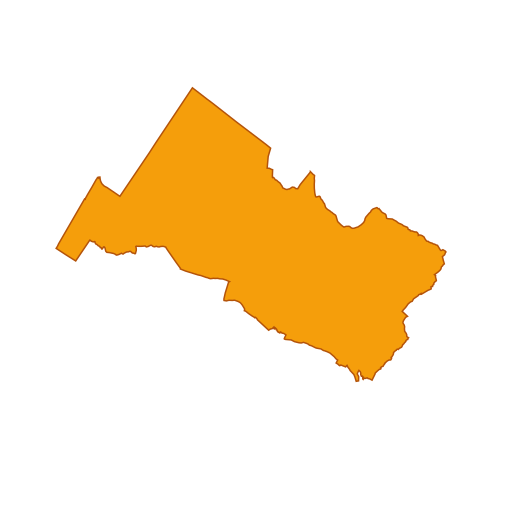 Ceptura, Prahova, Romania (Equal Earth projection), rotated 140°
{"feature_id": "2599482B71736492781600", "entity_name": "Ceptura", "entity_type": "district", "adm_level": 2, "iso_a3": "ROU", "parent_name": "Romania", "parent_adm1": "Prahova", "projection": "equal_earth", "projection_center": [26.322, 45.023], "detail": "fine", "context": "isolated", "style": "filled", "palette": "amber", "viewbox_px": 512, "rotation_deg": 140, "n_neighbors": 0, "source": "geoboundaries", "source_scale": "gbopen_adm2", "svg_char_len": 6039}
<svg xmlns="http://www.w3.org/2000/svg" viewBox="0 0 512 512"><g transform="rotate(140 256 256)"><path d="M404.2,390.3L400.7,378.7L397.3,368.1L373.1,375.0L372.7,374.3L372.8,373.3L372.5,372.9L371.6,371.4L370.3,370.8L370.2,370.6L370.7,369.7L371.0,368.3L370.4,366.9L370.3,365.3L369.6,363.9L369.6,363.5L369.9,362.6L369.3,361.8L369.6,360.4L369.1,360.2L367.5,360.8L366.8,360.9L366.4,360.5L366.4,359.9L366.6,359.0L368.0,356.3L368.0,355.6L367.9,354.7L365.9,352.6L363.5,349.5L362.9,348.4L362.4,346.5L361.7,346.0L360.1,345.3L357.3,344.6L356.9,343.4L356.5,342.9L355.2,342.9L353.1,342.4L352.4,342.2L351.1,341.2L349.6,340.7L349.1,340.0L348.8,337.8L347.8,336.7L347.3,335.5L347.1,335.4L346.6,335.5L344.2,337.2L343.3,338.2L342.5,339.4L342.0,340.5L341.5,340.5L338.0,337.4L334.5,334.9L334.2,333.5L333.9,333.3L332.5,332.6L330.2,332.1L329.6,331.8L329.1,331.3L328.8,329.7L328.2,328.7L327.7,328.2L326.1,327.5L325.2,326.0L324.2,325.1L323.0,324.6L321.4,323.5L320.4,322.5L319.9,321.5L319.4,320.9L319.6,320.2L320.0,316.9L321.3,302.6L321.8,295.3L322.3,294.7L319.6,289.7L312.6,278.8L310.8,276.5L307.8,271.4L307.2,270.8L306.6,269.6L305.7,268.1L305.2,267.7L302.7,266.1L301.9,265.2L299.7,263.5L298.5,261.9L296.3,259.8L294.4,256.8L292.8,253.4L293.8,253.6L303.1,247.6L308.2,243.7L309.1,242.5L307.5,240.6L305.2,239.5L302.7,237.2L300.8,235.9L298.9,232.6L298.1,230.6L298.0,229.5L298.0,227.6L298.7,222.9L299.5,222.0L300.1,221.6L299.5,220.6L299.2,219.5L298.7,216.8L297.6,212.7L296.8,210.5L296.6,209.4L295.9,209.4L295.7,208.4L295.6,207.7L295.7,206.9L295.9,206.2L294.0,191.0L291.9,190.8L290.3,189.9L288.6,190.1L287.8,190.1L287.9,189.3L288.3,189.3L288.5,189.1L288.8,189.1L288.9,188.4L287.4,188.3L287.8,186.9L287.3,186.8L287.7,185.2L287.9,185.2L288.0,184.3L287.8,183.9L288.0,183.7L287.2,181.7L286.2,182.2L285.6,181.0L285.7,180.3L284.5,178.9L284.2,177.9L283.8,176.3L284.1,176.1L286.6,175.0L287.6,174.4L287.5,173.9L287.0,173.1L283.0,169.1L281.6,165.7L279.0,162.1L278.0,161.0L276.9,160.1L275.2,159.4L274.5,158.3L273.2,156.1L272.8,155.3L272.4,153.4L271.2,151.6L269.4,147.4L268.6,146.2L266.0,143.1L265.1,140.3L264.3,139.2L263.0,136.9L261.7,134.1L260.8,128.6L260.8,125.7L260.3,123.8L263.4,122.5L262.7,120.2L262.6,118.8L262.3,118.1L261.1,118.0L258.6,113.4L256.9,113.8L256.5,113.7L257.0,112.3L257.2,108.9L257.5,107.8L257.2,102.3L258.0,99.8L259.8,95.6L257.7,94.4L255.0,97.4L254.7,98.1L254.4,100.1L254.0,100.8L252.6,101.5L250.7,102.2L250.5,100.3L251.1,98.8L251.9,98.0L252.5,96.4L252.5,96.1L251.6,95.5L251.6,95.2L252.1,94.5L251.7,93.9L251.8,93.8L252.5,94.2L253.2,93.2L253.2,92.6L252.9,92.7L252.5,93.7L252.2,93.6L252.1,93.4L252.2,93.0L252.0,92.7L251.2,92.3L250.7,91.8L249.6,91.4L249.0,90.9L249.0,90.2L247.9,88.8L246.9,86.3L240.8,89.0L239.9,89.7L236.6,89.9L234.5,89.9L233.1,89.3L232.3,89.8L232.4,90.3L232.2,90.4L230.9,90.4L229.6,89.8L228.9,90.2L227.8,90.4L227.5,90.6L226.9,90.6L226.4,91.1L226.1,90.9L225.3,91.1L222.8,91.2L221.0,90.8L219.8,89.9L219.4,89.8L218.0,90.4L217.8,90.6L217.9,91.2L217.6,91.5L216.9,91.4L214.9,92.0L213.7,92.6L212.6,93.7L211.1,93.7L210.0,93.9L209.2,93.6L208.7,93.9L208.1,93.9L207.2,93.5L207.1,93.0L205.3,93.1L204.4,92.8L203.0,92.6L201.1,93.4L200.7,93.8L199.5,93.7L197.9,94.1L196.2,94.2L196.0,94.5L195.4,94.9L194.5,94.9L193.4,94.5L192.3,95.3L191.7,95.3L192.2,97.0L192.2,97.5L191.2,98.7L190.8,99.8L190.5,101.5L190.6,102.6L189.0,104.9L187.6,106.3L186.9,107.7L186.6,109.7L186.3,110.4L185.9,110.9L184.5,111.7L181.3,112.7L180.4,112.8L178.7,112.4L179.6,119.6L177.9,120.0L174.5,120.4L170.2,121.5L167.1,121.5L165.5,120.9L162.8,121.9L157.1,121.4L156.2,121.8L155.0,121.3L153.7,121.2L154.1,120.5L153.9,120.4L146.0,119.1L144.7,118.6L142.9,118.2L141.8,119.9L140.4,119.2L140.3,119.6L139.9,119.8L139.3,120.0L138.3,119.9L138.0,120.0L137.3,120.9L136.1,121.0L135.4,121.3L133.8,121.1L133.5,121.4L131.9,124.7L131.0,125.5L131.3,127.0L126.9,126.7L124.3,126.8L122.7,127.2L120.9,128.5L119.6,128.5L118.4,128.9L116.8,128.9L115.3,132.3L113.6,135.7L110.7,135.7L108.8,136.8L107.9,137.0L107.8,138.0L108.8,140.7L110.3,141.0L110.8,141.3L110.9,141.6L110.9,142.4L110.1,147.5L111.0,148.8L111.5,150.2L112.4,151.2L112.8,152.6L113.8,154.0L114.6,155.7L114.7,156.6L115.6,157.5L115.7,158.3L115.5,161.0L115.1,162.2L115.1,162.7L115.6,164.6L116.2,165.8L117.1,166.9L118.5,167.4L118.2,167.8L117.8,168.0L117.6,168.6L117.4,170.0L117.6,171.2L119.0,172.5L120.4,174.9L121.6,176.0L121.3,177.2L122.2,178.3L122.3,178.7L121.7,179.7L121.6,180.7L123.4,184.0L123.8,184.8L123.7,185.2L124.0,186.4L125.7,189.7L126.2,192.5L127.3,195.2L127.8,196.7L130.3,199.1L131.1,199.9L131.7,200.9L130.1,203.8L130.0,205.0L131.3,208.2L131.4,209.3L131.3,211.1L131.4,212.8L131.3,213.2L131.7,213.3L132.1,213.8L132.1,214.8L132.3,215.4L136.0,216.8L138.3,216.8L140.0,216.1L142.0,216.0L146.9,215.2L148.6,214.4L149.9,213.3L152.0,212.5L155.3,212.3L159.2,212.7L161.3,213.6L163.0,214.2L164.4,215.3L164.9,216.3L165.3,218.4L165.7,219.0L167.9,220.8L170.0,221.6L170.5,223.1L170.9,225.4L171.3,229.6L171.0,230.7L169.0,235.2L168.8,236.2L169.6,238.9L169.8,240.5L170.3,241.9L170.4,243.2L170.9,244.5L171.3,245.9L171.5,248.4L169.9,252.2L170.0,253.2L169.4,256.2L169.6,257.5L169.5,258.2L168.8,260.4L169.0,261.0L169.6,261.4L171.7,262.3L172.1,262.8L172.0,263.4L171.3,265.0L170.4,266.6L167.7,270.5L165.0,273.8L162.8,276.1L161.3,278.2L159.4,280.0L159.4,280.4L159.8,281.7L160.1,285.7L160.4,285.4L161.2,285.2L176.2,282.3L180.8,280.7L182.3,282.2L182.4,283.7L183.7,285.3L184.1,285.5L187.4,285.9L188.0,286.4L189.5,287.0L190.6,288.3L190.7,288.8L191.7,290.9L191.1,293.0L191.0,294.5L190.7,296.4L191.3,298.9L191.5,300.9L192.2,301.8L192.2,302.7L192.0,303.6L192.1,304.8L192.3,305.2L192.9,305.4L192.9,305.6L191.8,307.0L187.8,311.4L188.5,312.5L189.4,314.6L191.0,316.1L182.7,324.4L175.5,329.2L176.6,334.9L184.8,371.1L191.4,402.3L192.6,407.3L196.6,425.7L259.8,407.2L271.5,403.6L321.9,389.2L326.1,404.2L327.2,406.8L327.4,407.8L327.6,410.5L326.9,413.3L325.9,415.2L324.8,416.8L325.8,417.5L326.5,416.8L327.0,418.0L327.7,417.6L329.5,417.2L337.2,414.3L345.4,411.4L350.1,409.6L350.3,409.3L350.6,409.9L399.4,392.2L401.7,391.1L404.2,390.3Z" fill="#f59e0b" stroke="#b45309" stroke-width="1.5"/></g></svg>